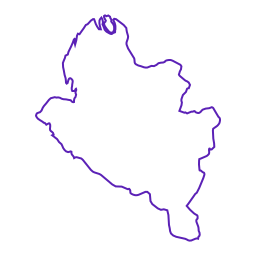 SVG path tracing the border of Nariño
{"feature_id": "COL-1406", "entity_name": "Nariño", "entity_type": "Department", "adm_level": 1, "iso_a3": "COL", "parent_name": "Colombia", "parent_adm1": "", "projection": "robinson", "projection_center": [-77.896, 1.511], "detail": "fine", "context": "isolated", "style": "outline", "palette": "violet", "viewbox_px": 256, "rotation_deg": 0, "n_neighbors": 0, "source": "natural_earth", "source_scale": "10m", "svg_char_len": 4650}
<svg xmlns="http://www.w3.org/2000/svg" viewBox="0 0 256 256"><path d="M68.1,152.1L66.1,151.4L64.5,149.9L63.2,148.0L62.3,145.9L61.5,144.2L59.0,142.0L57.2,139.2L52.2,135.3L53.6,134.6L53.0,132.9L52.0,131.9L50.9,131.1L50.1,130.0L50.0,128.5L50.2,126.7L50.2,124.9L49.5,123.4L49.0,123.3L47.9,123.8L46.3,124.7L45.6,123.8L44.7,122.9L43.6,122.7L42.8,121.9L40.9,120.7L40.2,120.3L37.9,118.7L36.7,117.2L36.0,115.8L36.4,114.2L37.0,113.3L38.4,112.7L40.0,112.2L41.5,110.6L42.8,107.7L44.0,105.9L46.1,103.5L47.9,101.2L49.0,99.8L50.8,98.2L54.7,97.2L56.6,97.6L58.1,97.4L60.0,97.8L61.6,98.7L63.4,99.2L66.2,99.4L68.1,99.8L70.5,100.2L70.9,100.4L71.5,101.2L72.3,101.9L73.2,102.2L74.0,102.0L74.0,100.7L74.1,99.9L74.4,98.4L75.5,97.0L76.1,94.6L75.5,93.0L75.6,91.6L75.7,91.3L76.0,90.8L76.2,90.2L76.2,89.3L76.0,88.8L75.6,89.1L75.1,90.3L74.0,91.0L72.3,91.0L71.8,89.8L71.7,88.0L72.1,86.1L72.2,84.6L72.6,82.3L72.7,81.1L72.5,80.3L71.8,79.3L70.9,78.5L70.1,78.2L69.1,78.7L68.4,80.0L67.6,83.0L66.7,83.6L66.0,82.8L65.9,80.8L65.6,78.2L64.6,74.9L63.8,70.4L63.1,67.1L62.9,63.0L63.8,60.6L64.9,58.0L65.5,55.6L67.8,54.5L68.5,51.8L71.0,46.7L72.8,42.6L73.8,39.7L75.1,38.2L74.5,39.8L74.4,41.4L74.7,43.0L75.1,44.6L76.3,40.3L77.0,35.7L77.9,33.7L79.5,34.2L81.6,31.2L83.7,28.3L85.8,25.0L87.6,24.2L89.1,22.6L90.9,20.6L93.1,19.1L94.1,19.2L94.9,21.4L95.8,24.0L97.1,26.5L98.9,29.2L100.8,29.3L99.9,26.0L99.4,23.3L99.5,20.4L100.2,19.0L101.4,17.6L102.4,19.3L103.0,22.2L102.5,24.4L103.3,26.0L104.1,28.0L104.7,29.7L106.0,31.2L106.7,31.8L109.7,33.5L111.1,34.0L111.9,33.9L113.3,32.9L115.0,32.3L115.1,31.8L115.1,31.0L115.1,30.4L115.3,29.7L115.4,29.3L115.4,25.9L115.1,24.5L114.7,23.0L113.9,21.4L113.4,19.7L114.2,18.8L116.1,19.2L123.7,25.0L126.3,28.0L126.5,29.8L126.9,32.0L127.9,35.5L128.1,36.5L128.0,37.5L127.8,38.6L126.7,41.9L126.5,42.8L126.5,43.7L126.6,44.6L128.1,48.5L134.2,58.4L134.4,59.4L134.7,62.5L135.0,63.3L135.8,64.2L138.3,65.5L140.9,66.2L144.0,67.3L145.9,67.6L147.4,67.5L151.4,65.9L154.0,66.1L156.5,64.9L157.9,63.7L158.5,63.2L160.8,62.7L163.2,62.5L164.7,61.9L164.9,61.5L165.7,60.8L166.1,60.6L166.6,60.4L168.1,60.1L169.1,60.0L170.4,60.0L171.3,60.2L172.8,60.8L180.4,64.8L181.4,66.3L181.0,69.2L179.8,71.5L179.4,73.0L179.2,73.6L178.9,74.4L179.2,75.2L180.0,76.1L185.0,80.3L186.2,81.0L187.2,81.4L188.7,82.5L190.0,84.9L189.0,87.6L188.8,88.2L188.3,88.2L187.3,88.6L186.9,89.1L186.7,89.8L186.5,90.4L185.9,92.0L182.9,95.0L181.6,98.7L181.4,99.6L181.4,100.9L181.9,102.4L181.7,103.8L181.5,105.2L179.4,110.9L184.4,112.7L185.2,112.4L185.4,112.4L186.2,112.9L187.1,113.4L191.3,111.7L192.7,111.7L194.1,111.1L194.6,111.1L194.9,111.4L195.3,111.9L196.0,112.4L197.5,112.9L198.4,113.0L199.3,112.8L199.9,112.4L200.9,111.6L201.4,110.9L202.5,109.8L203.1,109.5L205.7,108.6L209.2,108.2L211.8,107.2L212.7,107.6L213.2,108.0L215.9,112.6L218.4,116.8L219.2,117.5L219.6,118.0L219.9,118.8L220.0,119.6L220.0,120.5L219.6,122.4L219.2,123.5L218.2,124.8L217.3,125.8L213.2,128.7L212.9,130.5L213.3,138.6L214.1,143.3L214.3,146.9L211.7,149.4L210.2,149.6L209.9,148.9L209.7,148.6L209.4,148.6L209.1,149.0L209.0,150.1L209.2,152.1L209.1,153.2L208.8,154.1L207.6,155.3L206.7,156.0L200.7,158.6L199.3,159.1L199.1,160.5L199.0,164.5L199.5,169.9L199.7,170.4L200.1,170.5L200.4,170.4L201.0,170.7L202.7,172.2L203.8,172.6L204.1,172.9L204.4,173.8L204.4,174.7L203.6,177.2L203.3,178.1L199.2,188.0L196.8,192.7L195.2,194.0L193.6,196.3L188.4,203.7L186.7,205.9L190.0,209.7L193.9,213.3L195.5,214.4L196.9,215.1L197.4,215.7L197.6,216.7L197.6,218.3L197.3,218.9L197.0,219.2L196.7,219.4L196.4,220.0L196.3,220.9L196.5,222.0L198.2,226.5L198.5,227.9L198.7,230.8L199.5,232.7L199.7,234.6L199.6,235.2L199.3,236.0L198.8,236.4L198.5,236.7L198.2,238.1L198.1,238.7L196.9,238.4L195.5,238.7L191.2,240.5L189.4,240.6L188.0,240.2L186.8,239.5L185.2,238.8L176.2,236.8L173.2,235.5L171.0,233.5L170.1,231.1L169.7,228.2L169.0,225.0L168.4,215.0L167.3,210.3L163.8,209.3L163.4,209.4L160.9,209.8L157.8,208.4L152.3,204.1L150.5,201.1L149.9,194.2L147.4,191.9L145.3,191.9L138.6,194.8L136.9,195.2L135.2,195.2L133.3,194.7L131.4,193.8L130.5,193.0L130.3,191.9L130.3,190.9L130.0,189.9L129.2,188.9L128.8,188.9L128.4,189.1L127.5,189.1L121.7,186.6L115.7,186.4L112.2,184.4L101.1,175.0L99.4,174.0L94.4,172.4L92.8,171.6L90.8,169.8L82.8,159.8L81.9,159.0L81.3,158.5L76.6,157.2L75.3,157.4L74.1,158.1L73.6,156.6L71.9,154.5L71.5,153.5L71.4,151.7L70.6,151.4L69.4,151.8L68.1,152.1ZM111.2,21.1L111.3,21.6L113.3,24.3L114.1,26.4L114.2,29.5L113.2,32.1L110.9,32.9L109.0,31.6L106.7,28.9L104.8,26.1L104.0,24.0L104.3,22.7L104.9,22.1L105.4,21.7L105.8,20.6L105.2,19.6L104.0,17.0L104.1,15.9L105.0,15.4L106.4,16.2L108.3,15.5L110.0,16.7L110.5,18.4L111.2,19.3L111.4,20.5L111.2,21.1Z" fill="none" stroke="#5b21b6" stroke-width="2"/></svg>